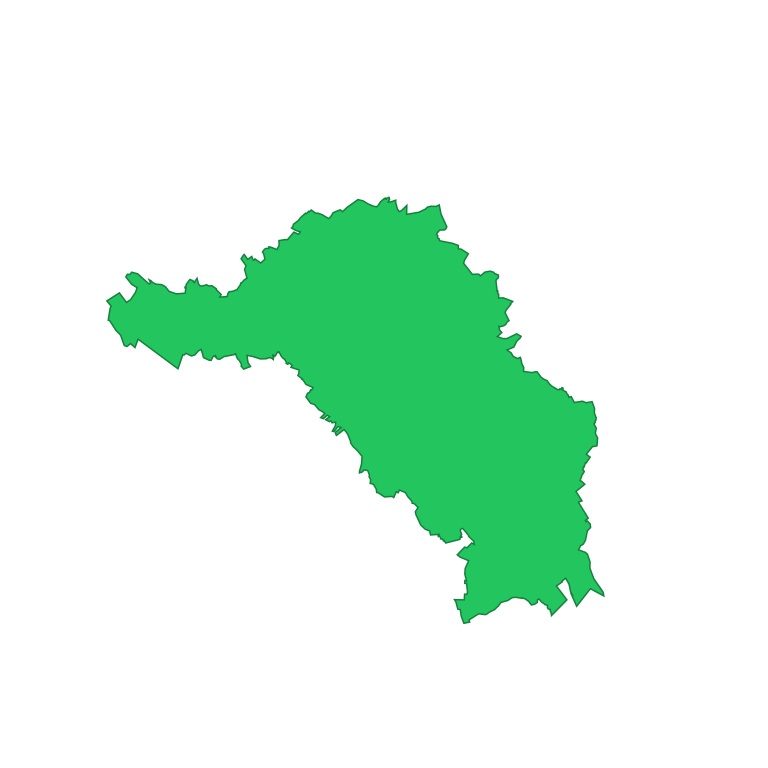 Chinú, Córdoba, Colombia, rotated 24°
{"feature_id": "7082276B5619967708975", "entity_name": "Chinú", "entity_type": "district", "adm_level": 2, "iso_a3": "COL", "parent_name": "Colombia", "parent_adm1": "Córdoba", "projection": "albers", "projection_center": [-75.355, 9.022], "detail": "fine", "context": "isolated", "style": "filled", "palette": "green", "viewbox_px": 768, "rotation_deg": 24, "n_neighbors": 0, "source": "geoboundaries", "source_scale": "gbopen_adm2", "svg_char_len": 6169}
<svg xmlns="http://www.w3.org/2000/svg" viewBox="0 0 768 768"><g transform="rotate(24 384 384)"><path d="M581.3,315.5L576.2,318.9L572.3,319.0L565.4,323.5L560.1,319.3L558.2,321.0L557.0,319.4L554.9,318.4L553.7,317.1L550.1,317.0L549.2,314.9L548.1,314.9L548.2,316.6L546.6,316.8L546.6,317.7L545.0,318.5L538.1,317.7L534.8,316.5L531.7,314.6L527.9,314.6L524.6,313.9L519.0,310.6L517.1,311.3L515.0,313.2L506.3,315.8L505.1,312.3L501.8,309.5L498.1,304.5L497.6,304.2L495.9,306.3L492.4,306.4L490.5,306.0L487.4,303.8L482.5,302.9L487.6,297.5L487.9,290.8L489.7,286.5L489.8,284.7L484.8,284.2L477.7,292.6L473.9,294.2L468.2,294.6L470.7,289.2L467.2,287.3L465.5,284.6L466.9,284.4L469.6,282.2L470.9,280.2L471.4,276.7L472.5,275.3L465.6,269.6L465.5,266.9L467.4,259.6L467.0,259.2L468.0,256.2L458.0,256.8L453.7,258.8L452.2,255.3L451.2,255.2L450.1,252.7L449.0,253.1L449.0,252.1L444.3,244.3L444.3,242.5L445.3,240.5L444.2,237.9L440.2,238.1L438.7,237.3L435.0,237.8L430.7,240.7L428.0,246.1L426.1,245.2L425.1,245.4L420.1,247.9L407.6,241.3L407.2,237.9L408.1,230.7L399.5,229.4L397.0,230.3L395.5,227.2L389.4,227.6L376.7,230.5L375.3,228.9L373.7,228.8L372.6,226.5L371.2,225.9L371.2,224.4L372.3,220.7L376.5,218.7L377.4,217.4L377.5,214.9L367.0,205.6L361.6,197.9L359.5,200.5L354.6,202.5L351.8,204.7L350.6,207.5L346.0,212.9L335.7,219.8L332.2,211.6L329.5,218.4L327.9,220.3L325.1,218.7L320.8,213.4L320.0,211.3L316.0,215.0L313.9,216.1L314.0,213.0L312.3,210.9L312.6,211.6L310.7,213.5L311.0,214.0L310.2,214.4L309.7,213.6L308.8,214.5L306.6,219.2L306.0,223.6L305.1,225.1L302.5,225.8L296.4,226.0L290.6,225.2L285.2,226.1L278.3,237.9L276.1,243.3L273.1,242.7L267.9,248.1L267.3,252.5L266.2,255.4L258.9,254.5L254.1,254.8L252.2,255.8L246.8,254.6L245.7,257.1L244.9,256.9L243.9,259.9L242.8,259.9L239.9,266.5L239.3,269.4L236.3,274.9L236.7,277.0L236.1,279.1L241.0,279.6L245.7,279.1L245.0,282.0L239.9,281.9L237.1,291.4L234.8,292.4L229.7,295.7L231.8,300.1L231.5,304.7L224.3,305.1L222.9,305.7L223.7,306.9L221.1,308.1L220.0,309.5L219.3,312.9L221.1,314.0L224.5,318.4L222.2,323.6L215.2,322.2L215.0,323.5L214.2,324.1L211.3,321.3L208.8,325.6L203.6,322.5L203.1,323.8L202.5,327.7L209.9,332.1L210.0,336.0L215.8,343.1L214.0,345.6L212.8,349.5L212.1,350.0L212.4,351.9L211.3,357.6L208.0,360.9L205.0,362.7L204.6,364.7L205.1,367.9L198.7,371.4L198.8,368.5L192.4,366.0L192.0,365.2L186.8,364.2L184.1,365.7L181.6,365.5L177.8,368.6L175.7,369.0L173.9,368.1L170.2,363.5L169.3,368.6L167.4,367.3L164.2,367.5L163.8,369.0L162.8,373.6L163.6,376.1L162.8,376.3L163.0,377.1L163.9,376.9L165.4,381.9L157.6,386.1L150.0,386.8L145.1,384.2L142.8,383.8L140.2,383.7L134.9,385.6L130.8,385.3L129.9,384.6L127.1,384.3L129.5,386.5L129.4,387.8L127.9,388.0L114.1,383.5L108.0,384.5L107.4,387.2L104.9,388.2L104.6,391.2L113.0,395.6L119.3,396.4L119.7,401.3L118.2,410.1L115.5,414.2L105.2,408.4L97.0,420.8L103.0,423.8L103.0,426.1L106.1,437.9L107.8,437.8L117.2,444.0L123.6,446.6L131.1,454.5L133.9,454.3L136.0,450.2L141.7,452.0L141.1,443.1L189.6,453.9L188.3,439.0L189.5,438.9L190.7,436.5L196.6,436.7L197.9,435.7L199.4,434.3L201.0,429.3L202.9,426.7L208.4,433.3L214.9,433.4L216.5,432.6L216.6,428.7L218.2,426.6L219.4,427.2L219.0,427.8L221.5,428.9L223.9,428.2L226.5,424.2L235.2,418.1L236.0,416.8L239.7,420.4L242.8,421.7L245.9,424.1L246.1,425.7L249.7,427.5L255.0,422.3L251.0,419.7L247.2,413.6L252.6,412.3L260.9,411.4L266.2,408.8L268.4,406.5L271.3,406.1L272.8,406.7L272.2,403.6L271.3,403.8L270.7,402.8L273.3,402.6L273.7,398.2L274.7,398.2L275.0,397.4L278.9,400.4L281.8,401.8L282.9,401.6L286.4,404.2L286.3,405.0L288.1,405.1L288.6,403.4L292.6,404.3L292.2,406.6L300.7,405.7L301.8,408.6L301.9,411.3L307.0,412.5L306.8,413.0L308.3,413.2L312.9,416.1L320.6,416.1L320.3,419.1L319.4,419.1L319.3,422.1L317.9,423.6L318.0,427.6L325.0,431.5L328.8,431.0L335.1,434.0L339.3,434.3L341.9,435.1L339.8,440.5L342.8,440.3L344.8,435.6L347.6,435.9L345.2,440.3L349.3,440.6L350.7,439.4L352.3,440.6L355.4,438.5L356.5,441.8L356.0,448.1L357.6,447.8L359.3,441.6L362.5,441.2L359.2,448.0L361.1,450.2L361.5,450.3L366.0,441.9L368.7,443.1L371.3,444.7L376.2,449.4L377.7,451.6L381.3,453.8L386.3,455.5L393.4,459.0L396.0,466.3L397.2,474.1L397.8,475.2L399.9,473.2L400.9,470.5L404.4,469.7L407.6,473.0L408.2,474.9L410.7,476.8L411.8,480.5L414.2,479.9L415.4,480.1L419.7,483.2L421.4,486.1L422.8,485.7L430.4,487.0L436.1,483.9L437.9,483.4L439.1,483.8L439.0,477.6L441.2,477.6L441.3,474.6L447.8,474.5L451.8,477.4L455.7,479.0L457.7,480.4L458.2,481.5L460.4,481.0L465.3,482.9L464.6,487.9L464.9,488.5L466.4,490.4L474.9,497.9L480.7,499.9L485.5,499.7L487.9,503.0L495.6,498.9L495.9,499.5L495.0,500.3L495.7,501.2L496.5,500.1L499.1,502.5L500.4,501.7L502.2,503.2L502.8,502.6L505.0,504.2L516.5,495.1L516.2,493.1L517.0,492.6L516.2,492.2L516.8,491.8L515.9,491.4L516.1,489.9L513.0,486.5L513.3,485.3L514.7,483.9L523.5,488.3L523.4,488.8L530.0,491.2L531.7,493.9L528.8,493.5L526.5,499.8L524.0,500.2L520.4,510.3L524.1,511.2L533.2,511.0L533.2,519.5L535.1,524.7L539.6,530.5L537.8,530.7L538.9,533.3L540.6,532.7L545.1,540.4L545.1,542.5L543.1,543.2L545.1,548.6L536.1,552.3L538.4,553.9L543.0,559.7L545.5,559.1L549.0,564.7L554.3,570.1L559.1,566.7L557.7,564.8L564.0,555.4L570.1,553.6L571.3,552.7L573.1,549.6L576.8,545.1L578.8,540.1L579.7,536.0L585.2,531.4L587.9,527.2L590.8,525.4L597.3,523.6L597.2,523.2L600.4,522.9L604.5,523.7L608.5,525.9L610.9,524.2L612.9,521.2L612.0,518.7L613.0,517.4L617.3,519.4L618.7,519.3L620.6,520.1L623.3,519.7L624.2,521.7L625.4,522.7L627.6,522.3L628.2,523.8L629.8,525.1L631.2,527.4L638.9,506.8L623.7,498.4L627.4,492.1L626.8,491.6L629.0,487.5L634.5,491.7L639.0,497.9L641.5,499.8L640.6,499.8L650.4,508.7L655.8,487.1L671.0,488.2L668.8,485.0L654.8,476.5L647.0,468.5L644.6,462.7L639.0,456.7L636.3,455.9L629.2,456.4L629.3,452.1L631.2,449.2L631.6,444.9L629.5,435.4L631.1,431.1L629.4,428.1L625.6,426.4L624.7,427.6L623.4,426.8L625.2,423.5L610.1,413.2L609.7,412.8L612.4,410.2L603.1,404.1L608.2,393.9L604.1,392.5L602.4,392.5L602.0,386.6L602.6,382.6L600.3,380.9L600.0,378.7L600.5,378.6L600.1,374.0L600.8,373.9L602.1,366.9L597.4,365.9L599.9,356.5L603.7,353.9L601.1,346.4L597.1,343.1L595.9,338.0L591.9,335.0L592.7,333.3L592.0,332.2L592.3,330.8L591.7,328.7L587.9,324.8L586.4,320.9L581.3,315.5Z" fill="#22c55e" stroke="#15803d" stroke-width="1.5"/></g></svg>